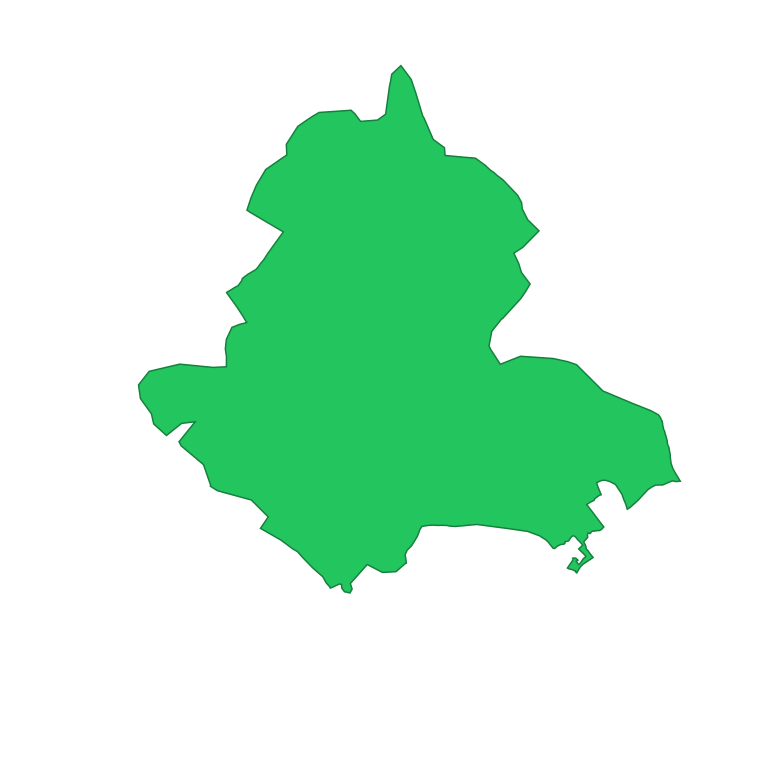 the district of Gezawa, Kano, Nigeria, rotated 237°
{"feature_id": "59680162B10012275275709", "entity_name": "Gezawa", "entity_type": "district", "adm_level": 2, "iso_a3": "NGA", "parent_name": "Nigeria", "parent_adm1": "Kano", "projection": "mercator", "projection_center": [8.662, 12.062], "detail": "fine", "context": "isolated", "style": "filled", "palette": "green", "viewbox_px": 768, "rotation_deg": 237, "n_neighbors": 0, "source": "geoboundaries", "source_scale": "gbopen_adm2", "svg_char_len": 4311}
<svg xmlns="http://www.w3.org/2000/svg" viewBox="0 0 768 768"><g transform="rotate(237 384 384)"><path d="M141.1,579.6L143.0,579.6L148.5,579.8L150.6,579.8L155.6,580.2L158.5,580.9L161.0,581.5L163.9,582.9L166.6,584.2L168.9,585.6L172.4,587.0L175.4,588.3L176.3,588.6L177.5,588.6L180.1,589.5L182.5,590.7L187.1,592.2L189.4,592.8L191.7,593.7L193.4,593.7L194.7,594.3L197.8,595.4L199.3,596.2L200.5,596.7L201.6,597.1L203.2,597.1L204.9,597.5L205.6,597.5L207.4,597.5L208.5,597.3L208.9,597.3L209.5,596.9L210.3,596.5L215.9,593.5L233.3,581.2L258.9,563.8L295.3,556.0L302.7,550.2L313.2,539.8L332.9,513.6L337.2,492.3L354.4,492.3L358.7,492.8L369.5,503.1L374.6,518.4L374.3,519.0L381.1,545.2L384.5,553.4L388.3,561.0L402.7,560.0L412.0,562.7L423.0,564.1L423.0,574.7L428.0,597.4L443.5,594.0L455.5,595.3L461.2,598.2L469.4,598.9L490.2,595.0L497.2,592.5L501.6,591.3L505.8,589.6L511.9,588.1L523.6,583.7L530.7,574.5L542.4,559.7L549.2,563.4L561.4,558.8L562.3,558.5L585.1,562.4L587.8,562.5L610.9,569.2L624.7,572.7L641.8,571.6L641.1,567.6L639.6,559.2L634.5,554.6L631.2,551.2L609.4,532.3L608.9,522.3L617.0,507.4L626.7,506.7L631.5,505.5L647.1,477.4L647.4,470.3L647.4,464.9L647.0,452.0L638.2,432.6L629.0,427.2L628.9,420.2L628.3,401.6L620.2,385.2L612.6,373.9L604.4,363.7L599.7,365.8L566.4,382.4L556.8,357.6L553.6,350.6L552.6,346.9L550.5,341.6L549.8,338.8L550.2,329.4L549.7,322.7L548.2,321.1L545.9,315.1L546.3,311.1L546.3,307.1L546.6,302.4L546.4,301.8L544.9,301.8L536.4,302.2L528.2,302.6L517.0,302.6L510.3,302.3L512.7,295.2L514.3,287.3L507.3,276.1L499.8,270.0L493.7,267.2L492.8,266.8L484.3,261.2L491.0,249.7L511.9,223.5L522.5,194.0L516.9,177.6L504.4,171.8L485.7,172.7L475.9,169.1L459.3,173.5L461.2,192.8L455.2,205.1L447.2,180.6L446.6,180.6L442.6,180.2L414.7,188.7L393.6,183.5L392.8,182.7L385.2,186.2L358.9,209.6L335.6,214.5L330.2,201.8L309.3,212.5L300.5,215.8L295.0,217.8L290.7,220.1L282.7,221.3L268.4,224.1L255.6,227.7L248.7,227.2L244.3,227.9L244.0,228.0L242.1,227.8L241.4,231.2L240.6,237.7L238.9,239.2L235.8,237.4L231.3,237.7L227.3,241.7L229.4,245.6L235.0,247.1L241.7,271.6L226.8,280.1L220.1,291.8L221.9,305.0L221.7,305.2L225.5,307.1L228.7,308.4L229.2,308.6L229.8,309.5L232.0,312.9L233.2,318.6L233.9,320.3L237.4,327.7L237.9,328.7L239.9,331.6L242.5,335.0L243.9,338.3L241.4,343.9L239.1,348.0L236.2,351.9L234.4,354.9L231.2,359.6L229.0,361.8L225.8,366.0L215.6,385.4L193.2,411.6L182.1,424.2L171.8,431.9L168.2,433.4L165.7,434.7L161.9,435.7L159.2,435.8L156.7,436.1L154.0,436.4L153.2,437.4L153.1,438.8L153.6,440.5L153.4,443.1L153.0,445.1L151.7,447.8L151.8,448.7L152.3,449.4L153.1,449.9L152.6,451.3L152.2,452.3L151.9,453.0L152.2,454.2L152.2,454.3L152.7,455.2L153.2,456.5L153.6,457.6L153.8,458.6L153.8,459.3L153.4,460.3L152.7,460.8L151.7,461.2L150.0,461.5L147.6,461.7L145.7,462.2L143.2,462.6L140.6,462.9L139.7,457.5L130.9,459.3L129.3,459.3L128.9,455.8L127.1,451.8L126.8,450.4L126.5,449.0L127.2,448.8L129.3,448.7L130.6,448.6L130.6,449.1L130.6,449.8L130.6,450.3L130.6,450.7L131.6,450.6L132.5,450.2L133.4,450.0L134.0,449.5L134.4,448.9L134.7,448.2L135.1,447.4L134.6,447.3L134.1,447.1L133.5,446.7L129.8,437.6L128.5,438.2L127.3,439.4L126.2,440.3L125.4,441.2L124.0,441.8L123.5,442.4L123.1,442.4L123.0,442.8L122.7,442.8L122.1,442.6L121.7,442.4L120.6,442.8L123.6,448.9L124.4,452.7L124.5,455.7L124.6,464.9L127.4,464.6L129.8,464.4L131.8,464.3L132.4,464.4L133.4,464.2L133.8,464.2L135.2,463.7L138.2,465.0L138.9,465.0L139.5,465.2L140.5,465.3L141.4,465.3L142.2,465.5L143.1,466.0L143.3,467.3L144.4,471.3L145.4,471.7L146.1,472.1L146.5,472.5L147.2,472.9L147.7,473.5L147.9,474.1L147.1,474.8L146.5,475.1L146.4,475.9L146.9,476.7L146.9,477.4L147.1,478.7L146.7,479.6L146.0,480.1L146.0,480.5L145.8,480.9L145.7,481.2L145.5,481.6L145.3,482.1L145.1,482.3L145.1,482.7L144.8,483.3L143.8,484.6L143.6,486.1L143.6,487.3L144.4,490.5L146.3,490.3L172.6,488.4L172.5,489.2L172.5,491.2L172.4,493.7L172.1,495.7L172.1,496.9L172.3,497.4L172.9,497.8L173.1,500.0L173.3,502.2L173.3,504.4L172.8,505.8L181.7,507.5L184.6,508.3L185.4,508.6L184.9,512.2L184.6,513.9L182.7,517.3L179.2,520.2L173.7,523.4L161.9,523.5L156.7,522.2L151.4,521.3L146.5,519.8L146.4,523.0L148.1,533.8L149.5,539.1L151.2,545.9L151.6,547.6L151.7,550.3L151.7,553.0L151.2,556.9L150.2,558.5L149.2,560.1L147.6,562.6L146.7,567.4L146.4,569.6L145.7,573.1L143.1,575.8L141.1,579.6Z" fill="#22c55e" stroke="#15803d" stroke-width="1.5"/></g></svg>